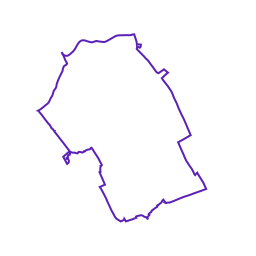 outline of Broscauti, Botosani, Romania, rotated 105°
{"feature_id": "2599482B91483518558986", "entity_name": "Broscauti", "entity_type": "district", "adm_level": 2, "iso_a3": "ROU", "parent_name": "Romania", "parent_adm1": "Botosani", "projection": "mercator", "projection_center": [26.483, 47.957], "detail": "fine", "context": "isolated", "style": "outline", "palette": "violet", "viewbox_px": 256, "rotation_deg": 105, "n_neighbors": 0, "source": "geoboundaries", "source_scale": "gbopen_adm2", "svg_char_len": 5657}
<svg xmlns="http://www.w3.org/2000/svg" viewBox="0 0 256 256"><g transform="rotate(105 128 128)"><path d="M158.0,188.2L159.6,186.0L161.5,183.6L162.4,182.4L165.5,178.4L172.6,183.1L178.4,177.5L177.4,176.7L176.5,176.4L175.8,176.4L175.0,176.6L174.2,177.1L173.6,177.6L173.5,178.2L173.5,178.8L173.6,179.2L173.3,179.3L172.8,179.6L172.6,179.4L172.3,178.8L172.0,178.4L171.5,178.5L171.0,178.8L170.5,178.8L170.2,178.6L169.7,178.7L169.3,178.2L168.9,177.3L168.3,177.3L167.8,177.5L167.3,177.4L166.9,177.6L166.3,177.1L166.0,176.6L166.2,175.6L165.9,174.2L165.7,173.4L165.6,172.5L165.7,171.5L165.6,170.3L165.2,170.0L164.2,169.7L163.8,169.2L163.6,168.9L163.6,167.7L163.5,167.2L163.4,166.9L163.6,166.4L163.4,165.7L163.2,165.3L163.0,165.1L162.4,164.6L162.0,164.5L161.8,164.5L161.7,164.3L161.7,164.2L161.8,164.0L161.9,163.9L161.8,163.6L161.7,163.5L161.3,163.3L160.8,163.1L160.5,162.8L160.0,162.2L159.4,161.4L159.0,160.7L158.9,160.4L158.7,159.6L158.4,159.4L158.0,159.1L156.9,158.7L156.6,158.3L156.5,158.1L162.4,151.6L164.8,148.9L166.4,147.5L167.0,146.9L167.7,146.5L168.0,146.2L168.5,145.5L170.5,143.7L170.8,143.8L171.0,143.8L171.8,144.7L172.4,144.3L172.7,144.4L173.0,144.5L173.7,144.4L175.9,143.9L177.4,143.2L178.0,144.1L188.7,135.6L192.3,140.0L193.7,138.3L198.1,134.2L201.5,131.1L205.2,128.2L207.8,126.0L211.7,122.8L213.1,121.5L214.4,120.2L214.8,119.8L215.4,119.2L216.5,118.3L217.0,117.8L217.4,117.4L217.6,117.0L217.8,116.7L218.5,116.0L218.9,114.7L219.3,113.6L219.6,112.6L219.6,112.1L219.8,111.8L219.9,111.5L220.1,110.8L219.6,110.3L219.0,109.4L218.5,109.0L217.8,108.4L217.4,108.2L217.1,108.1L216.8,108.1L216.6,108.1L218.2,106.4L218.7,106.1L218.8,106.0L218.0,104.7L217.7,104.2L216.0,101.7L215.2,100.2L214.5,99.3L212.9,97.4L212.7,97.2L212.6,96.8L212.0,97.1L211.6,97.3L211.4,97.3L211.2,97.0L210.6,96.2L210.4,95.9L209.9,94.8L209.6,94.3L209.4,93.8L209.2,93.5L209.0,93.0L208.8,92.4L208.8,91.6L208.8,91.3L209.1,90.4L209.3,90.0L209.4,89.7L209.5,89.2L209.5,88.6L209.4,88.1L209.4,87.7L209.6,87.1L209.9,86.9L209.9,86.7L210.1,86.4L211.1,85.1L210.4,85.5L209.7,86.1L208.3,85.7L208.0,85.6L207.3,85.3L207.2,85.2L206.9,85.0L206.4,84.8L205.9,85.7L205.0,85.4L203.9,84.6L203.3,83.9L203.0,83.9L202.7,83.8L202.3,83.6L202.0,83.6L201.7,83.7L200.7,82.9L197.3,80.2L196.6,79.4L196.3,79.5L196.1,79.5L195.7,79.8L195.4,79.7L195.3,79.4L195.2,79.4L194.9,79.4L194.7,79.3L194.7,79.1L194.6,78.8L194.0,78.4L193.7,78.2L192.7,77.6L191.9,76.8L191.4,76.6L190.1,76.1L189.4,76.1L189.2,76.0L189.0,75.8L188.1,75.4L189.6,73.3L190.3,73.6L190.7,72.0L190.6,71.8L190.5,71.5L190.2,71.2L189.9,70.6L189.7,70.1L189.5,69.4L189.4,68.8L188.0,66.8L187.4,65.9L185.8,63.8L182.7,59.8L180.4,56.7L179.0,54.6L176.7,51.0L173.7,46.9L171.7,43.9L171.0,42.9L170.0,41.4L168.7,39.6L166.9,37.0L166.7,36.7L162.4,40.2L161.7,40.8L160.4,42.1L159.4,43.2L158.0,44.6L156.3,46.5L155.4,47.4L154.0,49.0L153.3,49.5L153.8,49.9L155.3,50.6L156.1,51.0L155.7,51.6L155.2,52.1L153.5,53.5L153.2,53.8L152.6,54.3L152.1,54.8L151.6,55.3L151.1,55.7L150.7,56.1L149.0,58.3L148.7,58.7L146.4,61.1L145.9,61.8L144.8,63.0L141.8,65.6L139.6,67.2L137.4,69.0L135.0,71.0L133.3,72.3L131.2,74.0L128.8,75.9L125.1,72.0L122.2,69.1L118.7,65.6L114.2,69.1L113.2,70.0L109.6,72.7L104.6,76.7L101.8,79.2L100.8,80.1L97.9,82.5L95.8,84.3L94.6,85.1L93.9,85.7L92.9,86.3L91.0,87.8L88.0,90.5L85.7,92.3L84.8,92.9L82.7,94.5L80.8,96.3L78.9,98.5L77.3,100.3L74.2,104.5L72.4,106.8L71.1,108.2L65.7,104.9L64.2,103.7L63.9,104.4L62.0,108.5L63.9,110.0L67.1,112.7L67.1,113.3L66.9,114.1L66.8,114.7L65.3,116.7L62.8,119.6L61.4,121.5L59.9,123.4L57.9,125.8L57.7,125.9L57.6,126.1L57.5,126.3L57.2,126.8L56.8,127.8L56.2,128.8L55.5,129.9L55.2,130.4L54.8,130.9L54.5,131.3L53.8,132.7L53.1,133.7L52.1,135.5L51.5,136.5L50.7,137.9L50.1,138.9L49.3,140.1L48.5,140.0L48.1,140.0L47.2,140.2L46.9,140.3L46.9,139.7L47.2,138.4L47.4,137.4L47.1,137.1L46.7,137.0L46.1,136.9L45.6,136.9L45.3,137.0L44.9,137.0L44.1,137.1L44.2,138.0L44.4,138.8L44.6,140.1L44.9,141.1L43.9,141.5L43.1,141.8L42.6,142.0L39.7,143.8L38.2,144.8L36.4,146.0L35.9,146.2L35.9,146.5L36.2,147.3L36.4,147.4L36.5,147.7L36.5,147.9L36.8,148.3L37.3,148.9L37.6,149.5L38.0,150.6L38.2,151.5L38.5,152.7L39.0,154.5L40.6,159.9L41.1,161.5L41.5,162.4L42.1,163.3L42.8,164.2L46.9,168.3L49.9,171.4L50.4,172.0L50.8,172.7L51.1,173.3L51.3,174.1L51.4,174.8L52.0,179.1L52.1,181.1L53.7,183.5L54.6,184.9L54.8,187.6L54.6,192.9L55.4,195.4L57.3,197.2L60.4,198.4L64.5,199.4L66.7,200.2L67.8,200.6L68.7,201.1L70.6,202.4L71.4,202.9L73.0,204.1L73.4,204.5L73.7,205.0L74.0,205.6L74.2,206.1L74.3,206.7L74.3,207.5L74.3,208.2L74.3,208.4L74.1,209.0L73.8,209.6L73.3,210.2L73.1,210.4L72.2,211.4L71.9,211.8L73.2,210.7L74.9,209.0L78.6,206.2L81.5,203.5L82.9,204.0L83.9,205.0L84.3,205.5L84.7,205.8L85.7,206.0L87.3,206.2L87.8,206.2L88.5,206.1L89.7,206.0L90.4,206.1L92.2,206.5L93.9,206.8L95.8,207.2L97.0,207.4L98.2,207.6L100.5,208.0L101.1,208.0L101.8,208.0L103.0,208.2L103.6,208.2L104.0,208.2L106.0,208.0L107.0,208.0L107.6,208.0L110.0,208.8L111.2,209.3L111.6,209.3L112.9,209.4L115.2,209.4L116.1,209.5L116.6,209.6L117.1,209.7L117.5,209.9L118.9,210.3L120.9,210.7L121.8,210.8L122.9,211.0L124.0,211.4L124.8,211.7L125.1,211.8L125.5,212.1L126.2,212.7L127.1,213.4L128.3,214.2L130.9,216.1L132.5,217.3L133.8,218.5L134.2,219.0L134.5,219.3L134.5,219.1L135.7,217.5L138.4,213.7L139.6,212.3L140.2,211.5L140.8,210.8L141.9,209.3L142.2,208.8L142.3,208.7L142.5,208.5L143.0,207.9L144.7,205.6L144.9,204.9L145.1,204.6L145.7,204.1L146.4,203.3L146.7,203.0L146.9,202.8L147.4,202.1L147.7,202.2L147.8,202.0L147.9,201.8L148.0,201.6L148.3,201.2L148.4,200.8L148.5,200.4L149.5,199.2L149.8,198.7L149.9,198.4L149.9,198.2L150.1,198.3L150.3,198.3L150.5,198.1L150.7,197.9L152.2,195.8L158.0,188.2Z" fill="none" stroke="#5b21b6" stroke-width="2"/></g></svg>